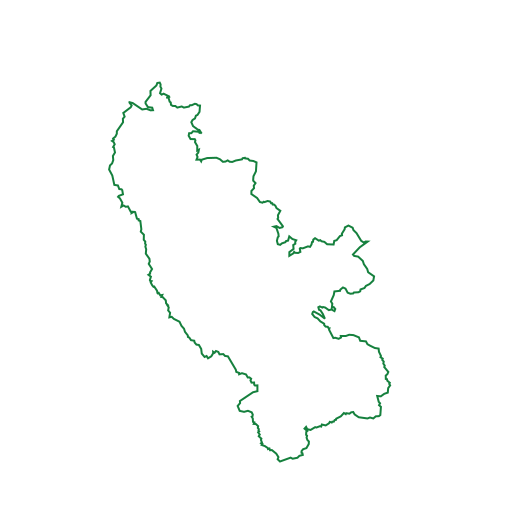 the district of Bolaños, Jalisco, Mexico, rotated 62°
{"feature_id": "50627088B97238980475800", "entity_name": "Bolaños", "entity_type": "district", "adm_level": 2, "iso_a3": "MEX", "parent_name": "Mexico", "parent_adm1": "Jalisco", "projection": "albers", "projection_center": [-103.879, 21.899], "detail": "fine", "context": "isolated", "style": "outline", "palette": "green", "viewbox_px": 512, "rotation_deg": 62, "n_neighbors": 0, "source": "geoboundaries", "source_scale": "gbopen_adm2", "svg_char_len": 6106}
<svg xmlns="http://www.w3.org/2000/svg" viewBox="0 0 512 512"><g transform="rotate(62 256 256)"><path d="M332.7,163.9L329.4,161.3L323.0,164.6L319.6,163.9L313.9,164.6L310.5,164.0L304.5,166.1L302.0,169.3L300.2,169.7L297.0,160.2L295.7,150.6L294.7,152.3L294.7,154.5L292.0,156.0L283.0,156.5L278.9,157.8L276.4,157.4L272.5,160.1L272.5,164.1L274.0,165.2L276.6,169.7L278.1,170.3L277.8,172.5L279.9,177.4L279.4,179.8L282.3,182.1L279.0,187.7L275.6,189.0L273.8,191.2L272.1,191.9L272.0,193.3L268.0,195.5L268.4,197.7L270.2,199.0L270.0,200.0L271.9,201.6L273.3,204.0L271.9,205.6L271.2,211.1L269.8,213.1L270.1,213.9L273.2,214.9L273.1,217.4L271.5,220.0L270.3,220.4L271.2,221.8L271.5,226.5L268.2,224.7L267.4,219.5L263.8,218.0L263.6,215.5L262.0,214.8L261.0,213.1L258.1,215.9L254.3,217.4L257.5,220.5L256.9,222.4L257.6,223.6L257.0,227.2L257.5,229.4L255.8,231.2L252.4,230.4L249.7,228.0L249.3,226.8L246.9,225.8L240.8,224.8L238.5,226.5L239.2,223.9L242.3,222.0L243.0,219.2L242.4,218.3L233.4,219.6L232.7,218.5L230.3,217.5L227.5,213.3L223.4,215.4L220.7,215.3L219.0,216.0L218.4,217.1L217.0,216.9L216.5,217.9L214.6,217.9L212.9,219.9L212.4,223.2L211.7,223.8L212.0,225.2L210.2,227.2L205.3,227.8L199.1,231.0L196.4,229.5L195.2,225.9L192.9,225.0L191.4,222.2L188.2,223.1L187.2,222.6L184.4,220.8L181.2,216.3L173.6,211.6L170.9,213.7L168.7,216.8L166.4,217.4L164.7,219.8L164.1,219.7L163.4,221.9L164.1,223.0L162.2,229.0L161.8,232.8L160.4,235.0L158.3,236.1L158.3,238.6L157.3,241.0L153.7,242.4L150.7,244.8L146.6,253.1L145.5,258.7L146.7,260.0L144.6,260.2L143.0,263.3L141.1,261.1L138.6,260.9L137.6,258.4L135.3,256.5L135.3,258.4L131.3,256.2L126.8,256.4L125.4,255.2L124.1,255.2L122.0,258.9L118.2,259.0L116.2,257.4L117.2,255.4L116.3,253.0L119.6,248.0L120.7,248.1L121.0,247.1L122.3,246.5L118.1,246.8L117.2,248.0L111.8,250.6L107.5,250.3L106.1,248.1L105.9,245.3L103.9,243.2L104.0,241.5L102.2,238.2L96.9,234.8L95.8,236.6L94.0,237.2L92.9,238.5L92.7,242.0L91.9,243.4L92.6,245.1L91.1,250.0L89.1,251.4L88.0,255.8L85.7,256.8L84.4,259.1L82.6,260.1L80.4,259.2L79.2,259.8L74.9,258.9L74.1,261.0L74.8,257.9L74.3,257.8L69.3,261.4L69.2,263.6L67.2,264.3L63.8,260.9L61.6,260.9L59.7,259.7L57.7,259.6L56.9,261.9L58.7,263.9L60.7,271.7L64.6,273.6L68.1,281.2L69.5,281.9L73.8,281.5L76.3,278.0L78.9,278.5L77.9,280.7L74.6,283.6L73.2,287.7L63.0,293.1L60.9,295.5L59.9,295.4L61.5,295.7L64.7,295.1L65.9,296.8L67.4,306.0L71.3,306.6L72.3,309.1L75.5,310.6L80.5,320.3L82.7,321.5L84.6,324.1L85.2,327.0L86.6,326.9L86.8,329.1L88.5,328.2L91.0,328.3L92.7,331.0L93.5,330.5L98.4,331.9L100.5,335.4L104.3,337.0L106.7,339.6L107.5,342.4L110.7,345.1L117.5,345.1L126.7,347.7L128.9,344.8L132.7,345.3L134.0,343.4L135.1,343.2L139.1,344.5L138.5,348.9L139.0,350.0L141.2,349.1L146.2,349.0L149.3,351.8L149.2,349.2L151.4,347.9L152.1,345.8L158.1,345.8L158.6,344.9L159.7,345.7L159.6,343.1L160.5,342.1L167.1,343.6L168.4,342.3L169.5,342.9L170.8,341.7L178.6,344.7L180.4,346.3L184.6,345.0L189.0,347.5L191.3,347.0L193.0,348.1L194.4,348.0L195.8,349.3L198.5,349.8L202.2,352.2L208.4,351.4L211.0,352.4L212.6,354.4L218.7,353.9L220.7,357.2L221.9,357.8L222.1,359.8L224.9,358.5L227.4,361.0L228.3,361.1L229.2,360.0L230.0,361.4L233.2,361.4L235.1,361.0L235.2,360.2L240.2,359.7L242.4,360.4L243.0,360.2L242.9,359.2L245.8,359.0L246.4,357.1L247.7,358.8L248.5,357.7L252.8,356.5L255.6,357.6L257.9,356.9L257.9,357.4L260.4,357.2L262.8,359.1L265.8,358.5L269.5,361.3L270.1,359.0L272.9,358.1L278.1,354.4L282.7,354.6L286.4,353.7L289.6,354.3L294.1,353.5L295.5,354.1L296.7,353.2L299.8,352.9L301.8,350.3L303.6,350.8L306.3,350.2L307.7,348.2L312.3,348.0L316.7,349.7L321.0,348.8L321.1,346.6L323.8,346.4L323.6,342.6L321.8,339.5L320.4,338.8L322.0,338.0L321.1,336.0L323.0,334.3L325.7,334.4L327.3,330.9L329.7,330.3L331.4,327.9L346.9,327.2L349.1,327.8L351.3,325.8L352.5,326.4L352.9,323.4L355.9,320.4L359.4,320.3L360.1,318.8L362.1,317.9L363.3,319.3L365.7,319.4L366.8,317.1L368.8,318.0L369.9,317.7L370.9,315.5L376.0,318.2L374.9,322.6L376.5,338.3L378.4,339.1L379.8,342.6L385.1,343.1L388.0,339.7L388.9,335.8L392.0,333.2L394.5,333.3L395.8,334.3L395.9,335.3L397.9,335.1L401.0,336.5L402.2,335.5L403.2,336.8L404.3,335.0L407.3,334.0L408.6,335.1L410.2,334.8L411.4,335.8L412.3,335.5L412.7,336.9L415.4,336.5L416.4,338.2L419.8,337.0L420.7,338.0L423.4,338.3L423.7,339.4L424.9,338.6L425.5,339.7L428.0,337.4L431.2,335.7L432.1,336.0L432.3,334.5L434.1,334.8L434.8,333.1L440.0,330.9L444.1,330.6L445.6,332.3L448.7,331.3L450.3,320.1L452.2,318.8L453.6,314.1L452.8,311.5L453.6,308.1L451.9,307.6L451.1,308.2L449.7,307.4L448.7,305.1L449.3,301.7L446.8,297.7L444.6,296.4L442.5,297.0L440.1,296.6L438.7,295.3L437.4,295.7L434.9,294.2L434.6,292.9L431.2,294.2L430.4,292.0L432.9,292.1L435.2,289.5L434.9,284.1L435.8,283.2L436.3,279.4L437.2,278.5L435.7,277.0L438.3,274.0L438.0,270.1L437.1,268.7L438.6,267.3L438.1,266.4L438.8,265.1L437.8,263.6L438.2,262.3L437.3,261.6L437.4,256.4L435.9,252.1L437.8,251.0L437.2,250.1L439.1,247.5L438.7,245.4L439.4,243.4L442.2,243.3L446.6,241.0L451.8,233.8L452.1,231.2L454.5,228.7L453.8,225.5L455.1,222.7L454.8,220.9L447.8,216.5L445.5,217.4L444.3,215.6L442.4,216.1L436.5,214.7L438.5,211.7L437.9,207.4L438.5,203.8L434.7,201.3L433.2,198.3L431.4,198.4L430.8,197.4L427.8,198.6L426.2,198.2L425.5,199.1L422.5,197.6L422.0,195.5L420.5,193.6L414.3,194.9L413.2,193.8L410.8,194.1L409.2,192.8L407.0,193.3L406.1,192.3L403.8,193.6L403.0,192.6L398.3,192.4L395.3,191.2L393.0,194.3L388.7,197.4L386.2,199.0L383.0,199.0L379.8,203.8L376.2,203.3L371.6,207.1L369.3,210.7L368.8,214.3L366.4,218.7L367.9,219.2L367.9,221.9L365.4,224.4L364.8,226.2L355.4,226.1L354.4,225.2L354.2,225.8L352.2,225.9L351.0,227.7L349.0,228.2L347.8,227.6L343.9,229.9L340.0,230.9L337.4,232.9L333.6,233.6L332.2,232.1L332.1,231.0L337.7,227.3L343.7,224.6L338.5,224.2L334.2,224.6L333.1,225.6L330.5,225.0L330.5,223.3L332.7,221.6L332.5,220.8L334.0,219.1L338.0,217.1L338.7,214.4L341.5,212.6L340.0,210.9L337.6,211.4L337.3,213.3L333.9,211.0L331.3,211.2L327.0,205.7L324.1,203.4L326.2,198.1L325.3,197.4L324.6,194.0L326.8,192.3L331.4,192.3L333.6,190.4L334.7,187.8L334.2,186.7L336.1,182.6L336.1,180.6L334.6,179.4L335.2,175.3L334.0,173.0L334.1,168.9L332.7,163.9Z" fill="none" stroke="#15803d" stroke-width="2"/></g></svg>